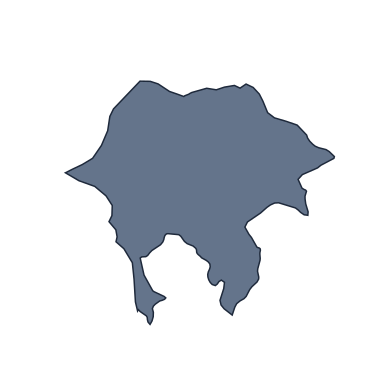 outline of Beyla, rotated 44°
{"feature_id": "GIN-5627", "entity_name": "Beyla", "entity_type": "Prefecture", "adm_level": 1, "iso_a3": "GIN", "parent_name": "Guinea", "parent_adm1": "", "projection": "orthographic", "projection_center": [-8.118, 8.717], "detail": "fine", "context": "isolated", "style": "filled", "palette": "slate", "viewbox_px": 384, "rotation_deg": 44, "n_neighbors": 0, "source": "natural_earth", "source_scale": "10m", "svg_char_len": 2223}
<svg xmlns="http://www.w3.org/2000/svg" viewBox="0 0 384 384"><g transform="rotate(44 192 192)"><path d="M234.9,71.4L237.7,72.9L241.5,73.7L245.5,73.8L248.7,73.5L252.3,72.2L258.9,68.4L262.6,67.6L269.8,67.6L270.7,69.2L266.1,83.3L265.6,87.4L259.3,102.8L259.5,109.2L268.4,112.8L270.6,112.4L272.4,111.7L273.8,111.9L276.2,116.5L278.1,118.4L282.0,121.5L289.3,125.6L291.5,128.3L291.3,128.4L288.5,130.5L284.3,131.2L280.9,131.2L277.5,131.6L261.8,139.6L259.2,142.4L259.1,142.5L257.4,146.8L256.6,150.9L255.9,159.6L252.7,175.0L254.4,180.5L262.4,182.9L266.3,183.4L276.8,186.5L277.6,186.4L279.5,185.5L280.5,185.5L281.6,186.3L283.0,188.5L283.9,189.5L287.2,192.4L288.4,193.9L292.6,201.5L294.2,203.5L299.1,206.8L300.4,208.3L301.3,211.6L300.9,218.4L301.3,222.1L303.5,229.5L303.5,232.6L302.2,237.0L301.7,241.3L302.8,245.1L306.4,252.6L296.2,253.7L291.4,253.1L287.4,250.5L281.9,239.4L278.1,234.4L274.3,235.0L273.6,237.7L274.1,240.6L273.8,243.1L270.8,244.5L267.9,244.4L265.0,243.5L262.5,242.1L260.6,240.4L259.2,238.1L258.3,235.5L257.1,233.2L254.9,231.4L252.4,231.0L249.7,231.3L244.5,232.7L242.9,232.5L239.8,232.7L238.4,232.6L237.2,232.1L235.3,230.4L233.8,229.9L230.3,230.1L224.4,232.5L220.9,232.8L214.6,231.6L212.1,231.9L203.6,238.7L202.7,239.9L202.7,242.1L203.6,244.0L204.8,245.9L205.7,248.2L206.0,251.8L203.8,261.9L203.8,265.2L204.2,268.5L203.7,270.6L200.9,273.6L200.6,275.5L215.2,285.1L232.3,290.3L233.9,290.1L244.5,286.5L246.7,286.4L246.8,288.2L245.8,290.6L244.5,292.8L243.5,298.2L243.5,300.9L244.5,303.4L247.8,305.4L250.7,308.6L252.8,312.5L253.3,314.3L253.8,316.4L250.7,316.1L248.6,314.8L246.9,313.3L245.2,312.8L237.8,314.0L235.1,313.9L235.5,315.4L227.7,310.4L210.9,295.0L198.2,284.3L182.4,280.1L171.9,280.6L169.3,276.3L163.5,272.1L152.9,271.0L150.8,264.6L144.0,257.1L132.9,254.5L118.2,255.5L102.9,262.4L87.6,266.1L90.2,258.6L94.0,248.5L97.1,236.8L94.5,221.4L88.8,206.5L80.4,194.7L77.8,186.7L77.6,148.4L85.1,141.4L92.5,137.8L106.0,135.3L113.5,131.8L119.8,129.0L119.9,128.0L120.3,127.0L121.7,124.0L122.1,122.3L122.7,120.6L130.5,107.2L138.5,101.6L142.5,94.0L148.5,85.9L154.4,83.9L155.9,76.8L163.4,74.3L172.4,74.8L179.9,77.4L191.3,82.4L199.8,81.4L210.3,75.9L221.2,70.8L234.9,71.4Z" fill="#64748b" stroke="#1e293b" stroke-width="1.5"/></g></svg>